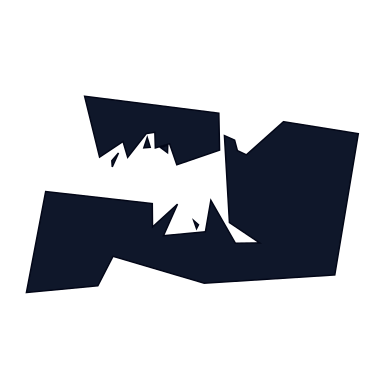 the Region of Los Lagos, rotated 89°
{"feature_id": "CHL-2704", "entity_name": "Los Lagos", "entity_type": "Region", "adm_level": 1, "iso_a3": "CHL", "parent_name": "Chile", "parent_adm1": "", "projection": "robinson", "projection_center": [-73.115, -42.159], "detail": "coarse", "context": "isolated", "style": "filled", "palette": "ink", "viewbox_px": 384, "rotation_deg": 89, "n_neighbors": 0, "source": "natural_earth", "source_scale": "10m", "svg_char_len": 770}
<svg xmlns="http://www.w3.org/2000/svg" viewBox="0 0 384 384"><g transform="rotate(89 192 192)"><path d="M283.4,181.4L254.9,272.1L284.1,287.8L289.6,359.3L189.0,338.3L202.9,231.9L226.3,232.1L203.9,206.7L235.2,221.3L232.0,179.3L200.7,173.3L244.0,149.5L244.1,125.2L223.2,155.1L136.2,158.6L140.9,148.5L151.4,145.9L155.8,137.0L123.3,99.3L136.6,24.7L277.4,50.7L283.4,181.4ZM94.4,297.7L113.7,163.8L150.6,163.7L164.5,206.7L143.3,213.6L147.3,227.9L131.6,228.1L132.8,236.7L156.2,255.7L140.3,260.1L155.5,283.8L94.4,297.7ZM152.3,215.8L147.2,222.4L144.7,215.4L152.3,215.8ZM228.7,188.1L220.6,190.8L224.9,186.1L228.7,188.1ZM159.3,271.6L151.7,264.8L165.5,271.3L159.3,271.6ZM146.6,233.0L147.0,239.4L136.8,235.8L146.6,233.0Z" fill="#0f172a" stroke="#020617" stroke-width="1.5"/></g></svg>